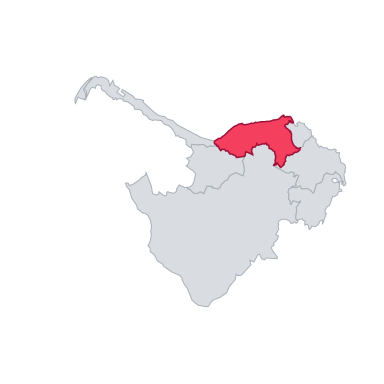 Peru highlighted, Albers equal-area conic projection, rotated 110°
{"feature_id": "PER", "entity_name": "Peru", "entity_type": "country or territory", "adm_level": 0, "iso_a3": "PER", "parent_name": "South America", "parent_adm1": "", "projection": "albers", "projection_center": [-73.974, -9.194], "detail": "fine", "context": "with_neighbors", "style": "filled", "palette": "rose", "viewbox_px": 384, "rotation_deg": 110, "n_neighbors": 6, "source": "natural_earth", "source_scale": "50m", "svg_char_len": 11940}
<svg xmlns="http://www.w3.org/2000/svg" viewBox="0 0 384 384"><g transform="rotate(110 192 192)"><path d="M142.1,324.7L142.0,331.6L148.6,331.8L147.2,333.0L143.9,333.9L132.6,332.1L123.7,328.7L118.2,325.2L132.3,329.1L134.3,327.7L135.6,325.6L139.3,324.3L142.1,324.7ZM140.0,184.8L142.1,187.9L142.6,191.1L144.9,193.1L143.4,197.4L145.7,202.4L147.3,208.6L150.4,208.0L150.9,209.2L149.3,213.7L144.6,215.8L144.6,223.1L143.7,224.5L145.0,226.2L142.0,228.9L139.1,232.9L137.6,236.7L137.9,240.9L135.3,245.2L137.2,252.4L138.2,253.2L138.2,257.0L135.8,260.9L135.8,264.3L132.7,266.9L132.7,270.6L133.9,274.4L131.4,275.8L129.3,283.2L130.0,287.9L128.4,288.6L129.3,292.9L131.1,294.3L129.7,295.8L131.6,296.6L132.0,298.0L130.3,298.6L130.7,300.7L129.2,305.4L127.1,308.4L127.5,310.1L126.2,312.3L123.2,313.8L123.5,317.3L124.9,318.5L127.6,318.3L127.5,320.7L129.1,322.6L142.3,323.7L138.8,323.6L133.3,325.5L132.7,328.4L131.0,328.4L126.5,327.4L117.1,323.4L115.8,321.4L117.0,319.5L115.0,317.3L114.4,311.6L116.1,308.3L120.3,305.6L114.2,304.6L118.1,301.4L119.4,295.4L123.9,296.7L126.0,289.1L123.3,288.1L122.0,292.7L119.5,292.2L122.2,279.8L124.0,277.1L122.9,273.3L122.5,268.8L124.3,268.7L129.7,255.7L131.5,249.5L130.6,243.3L131.9,239.8L131.4,234.5L133.9,229.3L137.6,201.9L136.6,188.2L138.8,187.1L140.0,184.8Z" fill="#d9dde1" stroke="#a8b0b8" stroke-width="1"/><path d="M206.4,257.5L205.4,255.1L207.4,253.3L205.1,250.3L197.8,244.9L196.2,244.9L192.2,241.5L189.5,241.8L200.3,232.3L206.9,228.5L207.2,225.1L205.2,222.5L203.1,223.2L204.8,218.1L204.9,215.7L203.4,214.8L201.8,215.5L200.2,215.2L199.6,209.4L198.8,208.0L196.0,206.7L194.2,207.5L189.7,206.4L190.3,200.4L189.1,197.8L190.5,197.0L190.2,194.4L191.5,192.5L192.4,189.0L191.5,186.1L189.2,184.8L188.8,183.0L189.6,180.4L181.2,179.9L179.7,174.5L181.0,174.5L180.1,168.5L177.6,167.1L174.9,167.1L170.1,164.7L168.5,162.9L163.5,162.0L158.8,157.8L159.3,149.6L153.5,150.3L147.2,153.7L146.2,155.1L140.6,154.7L138.1,155.5L136.1,154.9L136.5,148.0L132.8,150.6L128.9,150.5L127.2,148.1L124.3,147.8L125.2,145.8L122.7,143.0L120.9,138.9L122.1,138.1L122.1,136.2L124.8,134.9L124.3,132.4L125.5,130.8L125.8,128.7L131.0,125.6L135.3,124.1L139.4,124.4L141.7,110.0L141.0,107.4L139.0,105.7L139.1,102.5L141.6,101.7L142.5,102.2L142.7,100.5L140.0,100.0L140.0,97.2L149.0,97.4L150.5,95.9L152.6,100.0L153.5,99.5L156.0,101.9L159.5,101.7L160.4,100.3L165.8,98.7L166.4,96.8L169.7,95.6L169.5,94.7L165.6,94.2L165.3,88.4L163.2,87.2L164.1,86.8L171.2,88.7L172.5,87.7L181.1,85.6L182.8,84.0L182.3,82.7L184.7,82.6L185.7,83.6L185.0,85.6L186.6,86.3L187.6,88.4L186.2,89.9L185.4,93.7L186.7,98.1L189.4,100.3L191.7,100.6L192.2,99.7L195.8,98.9L197.3,97.8L203.5,98.7L203.7,95.6L207.7,95.7L212.3,97.9L213.8,96.7L214.8,97.0L215.3,98.3L217.5,98.1L219.4,96.5L224.0,89.4L225.6,89.3L228.6,99.8L231.0,100.7L230.9,103.8L227.3,107.2L228.6,108.7L236.6,109.9L236.4,114.4L240.1,111.7L253.0,117.1L255.0,119.9L254.1,122.4L259.5,121.4L268.0,124.6L274.8,125.0L281.1,129.4L286.3,135.1L289.6,136.7L293.5,137.3L294.9,138.9L296.3,147.7L293.7,155.0L284.2,163.3L280.9,168.2L277.3,171.8L276.2,171.8L274.6,175.0L274.1,183.5L271.5,193.2L269.9,194.9L268.6,200.8L263.7,206.2L262.5,210.7L258.9,212.3L257.7,214.9L253.0,214.4L246.2,215.6L243.0,217.3L238.2,218.2L232.9,221.3L229.0,225.4L228.2,228.6L228.7,231.0L226.5,237.3L223.4,239.5L218.3,246.6L211.4,251.5L209.3,255.3L206.4,257.5Z" fill="#d9dde1" stroke="#a8b0b8" stroke-width="1"/><path d="M140.6,154.7L146.2,155.1L147.2,153.7L153.5,150.3L159.3,149.6L158.8,157.8L163.5,162.0L168.5,162.9L170.1,164.7L174.9,167.1L177.6,167.1L180.1,168.5L181.0,174.5L179.7,174.5L181.2,179.9L189.6,180.4L188.8,183.0L189.2,184.8L191.5,186.1L192.4,189.0L191.5,192.5L190.2,194.4L190.5,197.0L189.1,197.8L189.1,196.5L185.2,194.0L181.2,193.8L173.6,194.8L171.4,198.7L171.2,201.1L169.4,206.4L168.7,205.4L163.8,205.1L162.0,208.6L159.6,205.3L154.0,204.1L150.4,208.0L147.3,208.6L145.7,202.4L143.4,197.4L144.9,193.1L142.6,191.1L142.1,187.9L140.0,184.8L142.8,180.0L141.0,176.1L142.0,174.6L141.2,172.9L143.0,170.7L143.4,163.6L144.4,162.1L140.6,154.7Z" fill="#d9dde1" stroke="#a8b0b8" stroke-width="1"/><path d="M153.5,99.5L152.6,100.0L150.5,95.9L149.0,97.4L140.0,97.2L140.0,100.0L142.7,100.5L142.5,102.2L141.6,101.7L139.1,102.5L139.0,105.7L141.0,107.4L141.7,110.0L139.4,124.4L137.1,121.9L135.8,121.8L138.7,117.2L135.3,115.0L132.6,115.4L130.9,114.6L128.4,115.8L125.0,115.2L122.4,110.5L115.8,105.1L114.6,105.5L110.3,103.0L109.0,103.7L105.2,103.1L104.0,101.2L98.6,98.7L97.9,97.3L99.6,97.0L99.4,94.8L100.5,93.1L102.7,92.8L106.4,87.6L104.7,86.6L105.5,84.0L104.4,80.0L105.4,78.8L104.7,75.1L102.7,72.7L103.3,70.6L104.8,70.9L105.7,69.6L104.6,67.0L105.1,66.4L107.6,66.5L111.0,63.5L113.0,63.0L113.9,57.9L116.6,55.9L119.5,55.8L119.9,54.9L123.6,55.3L129.1,52.2L131.4,50.1L133.1,50.4L134.3,51.5L133.4,53.0L130.4,53.7L129.2,55.8L126.0,58.6L124.1,64.2L126.5,64.5L128.1,67.5L128.1,71.8L129.2,72.2L130.3,73.7L136.3,73.3L139.0,73.9L142.2,77.7L150.1,77.1L151.7,77.9L149.8,81.7L149.4,84.9L151.7,90.2L149.3,92.4L152.2,95.0L153.5,99.5Z" fill="#d9dde1" stroke="#a8b0b8" stroke-width="1"/><path d="M179.3,79.2L182.8,84.0L181.1,85.6L172.5,87.7L171.2,88.7L164.1,86.8L163.2,87.2L165.3,88.4L165.6,94.2L169.5,94.7L169.7,95.6L166.4,96.8L165.8,98.7L160.4,100.3L159.5,101.7L156.0,101.9L153.5,99.5L152.2,95.0L149.3,92.4L151.7,90.2L149.4,84.9L149.8,81.7L151.7,77.9L150.1,77.1L142.2,77.7L139.0,73.9L136.3,73.3L130.3,73.7L129.2,72.2L128.1,71.8L128.1,67.5L126.5,64.5L124.1,64.2L126.0,58.6L129.2,55.8L130.4,53.7L133.4,53.0L133.3,54.0L130.5,54.5L132.0,56.4L131.9,58.7L129.9,61.2L131.6,64.6L133.6,64.4L134.7,61.2L133.3,59.7L133.0,56.4L138.9,54.7L138.3,52.7L140.0,51.4L141.6,54.4L144.9,54.5L147.9,57.0L148.1,58.4L157.3,58.2L160.0,60.1L163.6,60.8L166.2,59.5L166.3,58.4L177.8,58.4L173.7,59.6L175.3,61.7L179.0,62.1L182.5,64.4L183.1,67.9L185.5,67.9L187.3,69.0L183.5,71.4L183.1,73.0L184.6,74.6L180.5,76.0L180.6,78.1L179.3,79.2Z" fill="#d9dde1" stroke="#a8b0b8" stroke-width="1"/><path d="M114.6,105.5L115.2,108.9L113.8,111.9L108.9,116.6L103.4,118.5L100.7,122.4L99.9,125.5L97.4,127.4L95.4,125.2L91.8,125.1L91.6,123.4L92.9,122.3L92.3,120.4L94.7,117.0L93.6,115.0L91.9,117.2L89.2,115.2L90.1,114.0L89.2,109.9L90.8,109.2L93.3,103.4L92.9,101.6L98.6,98.7L104.0,101.2L105.2,103.1L109.0,103.7L110.3,103.0L114.6,105.5Z" fill="#d9dde1" stroke="#a8b0b8" stroke-width="1"/><path d="M139.0,124.1L139.0,124.4L138.9,124.5L138.6,124.5L138.3,124.3L138.1,124.3L137.8,124.3L137.5,124.1L137.3,123.9L137.1,123.7L136.5,123.7L136.0,123.7L135.6,123.7L135.3,123.7L135.0,124.0L134.7,124.3L134.5,124.5L133.7,124.7L133.3,124.7L132.9,124.9L132.4,124.9L132.0,125.1L130.5,125.2L129.9,125.5L129.5,125.8L128.7,126.3L128.3,126.5L127.7,127.0L127.1,127.5L126.7,127.8L126.1,127.9L125.8,128.0L125.7,128.2L125.8,128.3L125.5,129.7L125.4,130.3L125.0,131.0L124.6,131.7L124.4,132.1L124.3,132.4L124.4,132.7L124.7,133.6L124.7,133.8L124.7,134.1L124.5,134.4L124.2,134.6L123.9,134.6L123.1,135.1L122.2,135.8L121.9,136.1L121.7,136.9L121.8,137.2L121.9,137.3L122.1,137.7L122.1,138.0L121.9,138.1L121.5,138.1L121.3,138.3L121.1,138.2L121.0,138.3L121.0,138.6L121.0,138.9L120.8,139.1L121.3,139.5L121.6,139.9L121.9,140.0L122.1,140.1L122.1,140.3L122.0,140.5L121.8,140.6L121.8,140.8L122.2,141.2L122.4,141.4L122.6,141.8L122.6,142.0L122.7,142.3L122.8,142.5L123.5,143.2L123.7,143.3L123.7,143.5L123.9,144.1L124.4,144.4L125.4,145.6L125.4,146.2L124.3,147.6L125.2,147.5L126.1,147.6L127.0,147.7L127.7,147.9L128.0,148.0L128.3,148.2L128.5,148.8L128.6,149.2L128.9,149.5L128.9,150.3L131.5,150.3L132.6,150.2L133.1,150.1L133.6,149.6L134.0,149.5L134.3,149.2L134.7,148.8L135.0,148.6L135.2,148.3L135.6,148.1L135.8,147.9L136.2,147.7L136.1,148.0L136.0,148.6L136.1,149.0L135.8,149.5L135.7,154.9L135.9,154.8L136.2,154.6L136.5,155.0L136.8,155.1L137.0,155.2L137.3,155.2L137.6,155.1L138.3,154.8L138.7,154.6L139.3,154.6L140.0,154.7L140.4,154.7L144.3,161.8L143.9,162.3L143.9,162.7L143.7,162.8L143.4,163.0L143.2,163.3L143.0,163.5L142.9,165.8L142.9,166.3L142.7,166.8L142.5,167.2L142.7,167.6L142.9,168.5L143.1,168.7L143.3,169.0L143.3,169.4L143.3,169.5L142.9,169.7L142.8,169.8L142.7,170.3L142.5,170.5L142.2,170.7L141.9,171.2L141.7,171.3L141.5,172.0L141.2,172.2L141.1,172.6L141.1,173.0L141.3,173.3L141.9,174.0L142.0,174.2L141.6,174.6L141.4,174.9L140.9,175.9L140.8,176.0L141.0,176.5L141.7,178.3L141.8,178.5L142.1,178.7L142.4,178.7L143.0,178.9L143.3,179.1L143.3,179.3L142.6,179.6L142.5,179.8L142.5,180.1L142.5,180.6L142.4,180.7L142.0,180.9L141.7,181.2L141.4,181.6L140.9,182.2L140.8,182.4L140.7,182.6L140.4,182.7L139.9,183.1L139.8,183.3L139.9,183.5L140.1,183.7L140.3,183.9L140.3,184.3L140.3,184.5L140.0,184.8L139.6,185.1L139.1,185.2L138.9,185.3L138.9,185.7L139.1,186.2L139.1,186.6L138.9,187.1L138.5,187.6L137.9,187.9L137.4,188.1L137.0,188.1L136.5,188.2L136.4,188.2L136.1,187.9L134.6,186.9L134.1,186.3L133.6,186.1L132.4,185.2L132.3,184.9L132.1,184.0L132.0,183.8L131.6,183.4L130.5,183.0L130.1,182.8L129.7,182.4L129.1,182.1L128.4,181.5L128.0,181.1L127.5,180.8L126.1,180.3L125.4,179.9L124.0,179.3L123.4,178.9L122.0,178.4L121.6,178.2L120.2,177.1L119.2,176.8L118.4,176.2L116.0,174.9L115.6,174.5L115.2,173.8L114.7,173.4L114.1,172.6L113.2,172.0L112.3,171.4L112.0,170.7L111.5,169.9L111.3,169.5L110.8,169.1L110.7,168.3L110.4,167.9L110.6,167.7L110.9,167.6L111.2,166.3L111.0,165.6L110.1,164.4L109.8,163.9L109.6,163.1L109.2,162.7L108.7,161.8L108.3,161.0L107.6,160.4L107.4,160.2L107.3,159.9L106.9,159.7L106.9,159.1L106.6,157.9L106.2,157.3L104.7,156.2L104.7,155.8L104.6,155.0L104.3,154.1L102.6,151.5L102.2,150.7L101.8,149.5L101.5,148.8L101.0,147.5L100.4,146.5L100.0,145.7L99.6,144.6L99.6,144.1L98.8,143.1L98.4,142.2L97.8,141.5L97.1,140.9L96.8,140.5L95.8,138.7L95.7,138.1L95.0,137.1L94.4,136.3L93.9,135.7L93.4,135.2L90.2,133.6L89.1,132.9L88.7,132.6L88.6,132.1L88.6,131.7L88.9,131.5L89.4,131.7L89.7,131.6L89.9,131.2L89.9,130.6L89.6,129.9L88.5,128.5L88.6,128.2L88.8,127.9L88.4,127.2L88.0,126.7L87.7,126.3L87.9,124.7L88.2,124.3L89.7,122.7L90.1,122.0L90.7,121.5L91.4,120.9L92.2,120.4L92.4,120.5L92.5,120.8L92.6,121.0L92.7,121.4L92.7,121.8L92.7,122.0L92.9,122.6L92.5,122.9L92.3,123.2L92.1,123.2L91.7,123.1L91.4,123.5L91.5,123.7L91.5,123.9L91.7,124.1L92.1,124.1L91.5,124.9L91.6,125.1L91.8,125.3L92.0,125.3L92.4,125.0L92.8,124.5L93.1,124.5L93.5,124.6L93.9,124.9L94.4,125.1L94.7,125.3L95.4,125.2L95.9,125.5L96.0,126.1L96.2,126.6L96.8,127.3L97.1,127.4L97.5,127.4L98.0,127.6L98.4,127.0L98.7,126.9L98.6,126.5L98.7,126.3L98.9,126.1L99.7,125.6L99.8,125.1L99.7,124.8L99.7,124.5L100.0,123.7L100.3,123.0L100.4,122.8L100.6,122.3L100.8,122.0L100.8,121.7L100.9,121.2L101.2,120.4L101.3,120.2L101.4,120.3L101.6,120.4L101.6,120.6L101.8,120.7L102.0,120.6L102.0,120.4L101.9,120.3L101.8,120.2L103.0,118.7L103.3,118.4L105.6,117.6L108.7,116.4L111.3,114.5L113.4,112.1L113.7,111.7L114.4,109.0L114.7,109.2L115.0,109.2L115.0,108.0L115.0,107.7L115.1,107.3L114.8,107.1L114.3,106.6L114.1,106.3L114.0,105.9L113.4,105.5L113.4,105.4L113.6,105.4L114.1,105.5L114.7,105.4L115.0,105.3L115.2,105.0L115.4,105.0L115.6,105.0L116.2,105.5L116.5,105.6L116.8,105.7L117.0,105.7L117.4,106.1L117.7,106.3L118.0,106.5L118.7,107.1L118.9,107.4L119.1,107.9L119.2,108.2L119.3,108.4L119.3,108.6L119.5,109.0L120.0,109.3L120.6,109.4L120.9,109.7L121.2,109.9L121.4,110.2L121.7,110.3L122.0,110.3L122.4,110.4L122.6,110.7L122.8,111.1L123.0,111.3L123.1,111.7L123.0,112.2L123.1,112.4L123.4,112.6L123.8,112.8L124.2,112.8L124.4,112.9L124.5,113.1L124.8,114.2L124.6,114.5L124.6,114.8L124.7,115.1L125.4,115.4L125.6,115.6L125.9,115.7L126.2,115.7L126.7,115.6L126.9,115.5L127.1,115.4L128.1,115.8L128.5,115.7L128.9,115.7L129.3,115.6L129.7,115.3L130.0,115.3L130.2,115.2L130.8,114.6L131.0,114.5L131.9,114.9L132.2,115.1L132.4,115.2L132.6,115.4L133.1,115.4L133.6,115.3L133.9,115.0L134.6,114.8L134.8,114.9L135.8,115.4L136.0,115.7L136.4,115.8L136.6,115.9L137.1,116.1L137.3,116.3L137.6,116.4L137.9,116.7L138.2,116.8L138.5,116.9L138.7,117.1L138.6,117.3L135.6,122.0L136.5,122.4L137.0,122.3L137.2,122.2L137.4,122.1L137.8,122.4L138.0,123.0L138.5,123.4L138.8,123.7L139.0,124.1Z" fill="#f43f5e" stroke="#9f1239" stroke-width="1.5"/></g></svg>